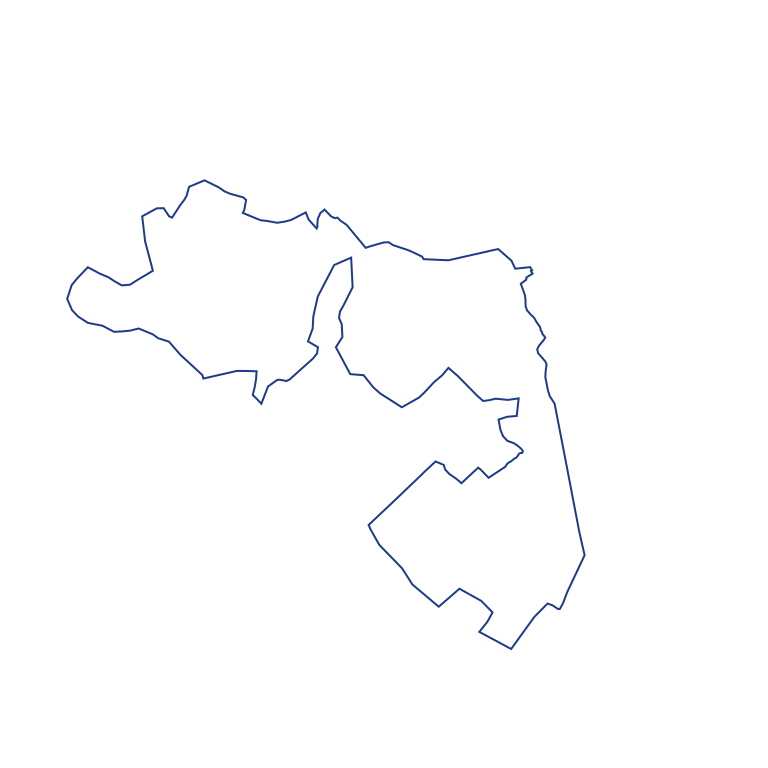 the district of Makoda, Kano, Nigeria, rotated 139°
{"feature_id": "59680162B1898458611197", "entity_name": "Makoda", "entity_type": "district", "adm_level": 2, "iso_a3": "NGA", "parent_name": "Nigeria", "parent_adm1": "Kano", "projection": "orthographic", "projection_center": [8.472, 12.427], "detail": "fine", "context": "isolated", "style": "outline", "palette": "blue", "viewbox_px": 768, "rotation_deg": 139, "n_neighbors": 0, "source": "geoboundaries", "source_scale": "gbopen_adm2", "svg_char_len": 3045}
<svg xmlns="http://www.w3.org/2000/svg" viewBox="0 0 768 768"><g transform="rotate(139 384 384)"><path d="M434.9,661.2L440.2,665.6L456.5,669.2L470.8,648.2L481.9,625.6L484.2,621.1L502.0,624.3L510.7,625.6L517.2,630.5L519.9,638.1L521.9,645.2L526.0,653.6L530.9,666.4L546.2,665.0L554.9,663.5L565.4,657.2L567.2,656.3L570.7,645.2L571.0,644.4L570.6,635.5L567.3,624.3L558.2,612.6L553.5,600.5L547.8,596.0L540.7,590.9L532.8,586.9L525.9,573.2L524.4,566.7L518.5,557.0L518.5,539.5L515.2,509.8L516.7,506.6L486.3,490.3L478.1,483.0L471.8,477.2L477.5,471.5L484.1,466.1L490.3,461.8L489.9,458.4L489.5,449.6L473.2,458.2L462.3,457.2L460.0,455.8L455.7,450.3L452.3,449.3L436.8,449.6L421.0,449.8L414.5,451.0L409.7,455.1L413.4,466.0L401.4,472.7L393.0,481.4L376.5,493.5L343.5,506.5L325.9,500.9L344.2,477.6L363.7,469.6L369.8,467.5L374.6,463.3L375.8,459.9L376.5,457.1L384.5,446.8L396.2,443.3L403.0,413.6L393.6,404.0L394.3,388.7L393.1,379.5L385.8,354.7L366.5,350.8L359.0,351.1L344.8,352.6L334.0,352.4L333.9,352.5L324.8,353.9L323.1,341.9L321.3,313.5L320.3,306.1L314.6,302.4L309.5,299.8L300.9,290.7L291.8,284.8L304.8,272.8L312.6,278.5L320.9,282.0L326.3,272.8L328.4,266.4L328.2,260.2L325.0,254.5L323.8,250.7L323.6,249.1L323.3,247.7L323.0,245.6L322.9,243.9L323.5,241.9L325.1,241.4L326.3,242.4L327.8,242.8L329.1,242.3L330.3,242.1L331.5,241.7L332.5,241.7L333.8,241.9L334.8,242.2L336.1,242.2L337.8,242.3L339.0,242.3L340.3,242.6L341.6,242.9L342.9,243.0L347.1,242.0L366.6,244.6L367.2,256.0L367.8,259.1L390.6,258.3L391.7,265.4L393.7,273.0L394.0,279.2L392.0,283.7L395.9,291.7L410.5,291.2L417.3,290.8L434.5,290.0L451.2,289.2L488.1,287.7L489.6,282.8L493.1,265.6L491.6,238.8L491.3,233.0L494.1,214.0L488.8,180.0L461.4,180.0L452.9,156.5L451.9,140.4L462.1,136.7L474.7,134.4L461.9,100.6L423.3,109.6L404.6,111.0L402.1,106.6L400.3,100.1L399.0,98.8L393.0,101.0L382.1,106.8L344.9,123.2L333.9,143.8L304.1,195.1L297.2,207.0L268.1,257.3L266.9,266.0L264.5,271.6L260.8,278.0L257.7,283.4L255.2,286.0L252.2,288.9L250.1,290.6L248.4,292.3L247.5,295.0L247.4,301.1L247.5,306.0L245.7,309.6L242.2,311.1L238.5,311.8L234.4,312.4L231.8,313.3L231.6,316.0L231.7,317.6L230.7,319.4L230.5,321.6L229.5,323.3L228.8,325.1L228.1,331.6L227.4,334.7L227.3,336.8L227.7,340.1L227.7,343.9L227.7,345.9L226.1,349.8L222.0,354.7L219.2,358.9L215.0,369.9L208.2,369.4L206.5,371.0L199.5,369.8L199.0,372.9L197.7,372.6L197.3,374.6L197.0,376.3L197.3,376.5L209.3,384.9L206.9,393.5L209.3,410.9L211.9,412.4L254.2,435.1L272.2,452.2L271.7,455.2L276.9,467.1L279.0,471.0L286.0,482.7L287.5,488.0L291.2,490.9L296.1,493.3L305.1,497.4L308.5,498.8L307.8,528.7L309.8,536.2L309.9,540.0L312.3,541.4L313.9,545.2L314.5,554.7L317.1,554.6L319.5,554.9L325.0,552.4L326.3,551.4L330.1,547.7L330.7,546.6L332.8,545.6L333.0,557.7L330.5,564.8L346.7,568.8L352.7,571.9L358.8,575.7L365.3,583.8L369.7,588.5L378.3,605.7L374.9,607.3L367.3,613.4L367.8,617.2L375.4,628.7L378.0,634.1L379.7,640.8L385.9,655.5L401.7,660.7L410.1,655.2L412.1,654.7L413.8,654.0L416.4,653.5L420.3,652.7L434.8,648.6L436.2,651.7L434.9,661.2Z" fill="none" stroke="#1e3a8a" stroke-width="2"/></g></svg>